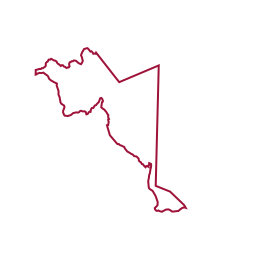 the district of São João da Fronteira, Piauí, Brazil, rotated 152°
{"feature_id": "56859067B29331211301697", "entity_name": "São João da Fronteira", "entity_type": "district", "adm_level": 2, "iso_a3": "BRA", "parent_name": "Brazil", "parent_adm1": "Piauí", "projection": "equal_earth", "projection_center": [-41.223, -3.936], "detail": "fine", "context": "isolated", "style": "outline", "palette": "rose", "viewbox_px": 256, "rotation_deg": 152, "n_neighbors": 0, "source": "geoboundaries", "source_scale": "gbopen_adm2", "svg_char_len": 2890}
<svg xmlns="http://www.w3.org/2000/svg" viewBox="0 0 256 256"><g transform="rotate(152 128 128)"><path d="M120.8,209.5L121.7,208.7L122.8,209.6L123.8,209.8L123.8,211.4L124.2,212.9L125.3,213.1L125.6,214.6L125.9,216.4L126.3,217.5L127.4,217.9L128.7,218.1L129.9,218.3L130.9,217.6L132.1,216.8L133.0,216.4L133.7,215.7L134.6,215.0L135.3,214.3L135.4,213.0L135.6,211.6L136.0,210.3L136.3,208.6L137.2,207.8L138.3,207.0L139.5,206.4L140.5,207.6L141.3,208.7L141.8,210.2L142.2,211.4L143.0,212.3L144.2,213.1L145.3,212.8L146.4,213.4L147.6,213.2L148.7,213.3L149.5,212.7L150.2,211.6L150.7,209.8L152.0,209.3L152.8,209.8L154.1,209.8L154.6,210.8L155.1,211.8L155.8,212.5L156.0,213.9L157.0,214.6L158.2,214.3L158.8,216.0L159.6,217.5L160.0,218.9L159.9,220.4L160.6,221.6L161.5,222.3L162.2,223.3L162.7,224.2L163.4,225.2L164.8,224.9L165.9,225.6L166.8,225.1L167.6,224.4L168.7,224.4L170.1,223.8L170.8,222.7L171.4,221.5L172.6,221.0L173.8,220.9L175.2,220.8L176.1,221.3L176.9,221.0L177.8,221.3L178.8,221.9L179.7,221.9L180.8,222.2L182.2,222.6L184.5,218.5L183.6,218.3L182.7,218.6L180.2,218.2L178.6,217.1L176.7,216.6L175.9,214.7L175.2,213.4L174.5,212.0L174.3,210.5L174.6,208.7L173.8,206.5L172.0,203.5L169.9,200.6L171.0,199.1L171.2,197.9L172.0,193.2L173.6,190.3L173.8,189.1L173.9,187.5L175.5,182.5L175.6,181.0L173.9,177.8L174.3,176.2L177.2,173.6L178.0,172.3L178.1,170.9L178.3,169.8L178.0,168.6L175.7,166.9L173.2,166.4L172.2,166.3L169.5,166.9L166.6,166.2L164.7,165.0L163.6,165.0L162.1,165.5L161.3,165.2L160.1,163.8L158.6,163.2L157.8,162.2L158.3,159.6L157.3,159.4L156.5,159.5L155.6,160.2L154.4,160.5L153.6,159.8L152.5,161.1L151.5,162.1L150.4,162.6L149.2,162.0L146.8,163.4L145.5,163.2L144.3,163.8L141.6,164.6L138.6,167.3L137.5,167.1L137.1,165.7L137.3,164.2L137.8,163.1L138.8,163.0L140.5,160.8L141.9,158.8L141.0,156.5L140.2,155.3L140.1,154.2L139.7,152.8L139.6,151.4L139.6,150.1L139.3,148.6L140.1,147.7L140.5,146.4L140.6,144.8L141.5,144.8L142.0,143.6L142.2,142.4L143.5,140.8L144.1,139.9L145.3,140.3L147.4,130.1L145.2,120.1L144.8,118.7L143.7,118.2L143.0,116.4L142.0,115.5L141.2,114.3L140.2,113.0L140.4,111.5L139.7,107.7L137.9,104.8L137.3,103.6L136.2,102.3L135.8,100.3L133.9,98.9L133.0,96.0L133.7,94.1L133.5,92.9L132.7,91.7L132.7,89.8L131.8,88.9L131.6,87.1L130.9,85.1L129.7,85.8L128.9,85.3L128.1,84.1L127.6,85.3L126.7,85.4L125.8,87.0L124.6,85.6L124.9,84.4L126.1,82.6L127.4,81.2L130.1,77.6L131.5,76.4L132.9,74.3L134.6,72.2L135.3,71.2L137.7,65.4L137.5,64.0L135.8,61.0L135.7,59.1L135.6,56.9L135.6,54.7L136.0,52.0L136.4,49.5L136.7,48.4L138.2,46.0L139.7,45.4L142.0,44.7L142.3,43.3L141.9,41.8L141.2,41.1L139.9,40.9L138.8,39.4L137.3,38.1L136.5,38.2L132.6,38.1L130.4,37.1L129.4,35.7L128.3,33.6L127.2,32.9L124.6,32.0L122.6,31.1L119.7,31.7L118.3,31.9L116.6,31.8L115.4,31.3L114.5,30.4L114.6,33.5L120.7,52.1L130.7,63.9L105.7,108.2L81.3,151.4L71.5,168.8L114.2,172.6L114.9,176.3L120.8,209.5Z" fill="none" stroke="#9f1239" stroke-width="2"/></g></svg>